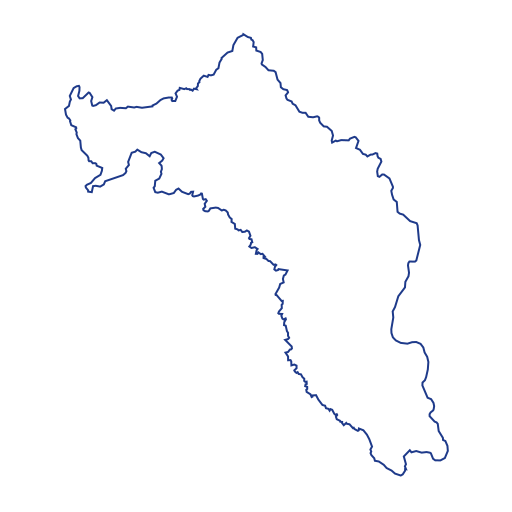 Pedra Branca do Amapari, Amapá, Brazil, rotated 179°
{"feature_id": "56859067B11147941217560", "entity_name": "Pedra Branca do Amapari", "entity_type": "district", "adm_level": 2, "iso_a3": "BRA", "parent_name": "Brazil", "parent_adm1": "Amapá", "projection": "albers", "projection_center": [-52.393, 1.236], "detail": "fine", "context": "isolated", "style": "outline", "palette": "blue", "viewbox_px": 512, "rotation_deg": 179, "n_neighbors": 0, "source": "geoboundaries", "source_scale": "gbopen_adm2", "svg_char_len": 6054}
<svg xmlns="http://www.w3.org/2000/svg" viewBox="0 0 512 512"><g transform="rotate(179 256 256)"><path d="M230.0,210.7L230.2,207.7L231.2,206.7L231.1,203.4L234.0,200.1L234.7,198.4L234.1,197.8L230.9,197.6L231.7,195.8L230.7,192.9L229.6,192.1L227.5,193.1L227.2,192.2L228.9,189.4L229.2,186.4L227.5,185.8L226.4,180.4L225.3,178.6L225.4,175.7L224.3,173.6L225.4,172.4L228.3,171.6L221.9,164.9L221.7,162.9L222.6,162.0L223.7,161.9L225.6,159.5L228.2,158.9L225.7,155.0L225.7,151.2L223.3,151.3L222.6,150.0L222.5,146.0L219.6,146.8L217.4,145.7L217.4,143.1L219.7,141.0L219.2,139.9L217.6,138.4L216.4,139.1L215.4,137.3L213.1,136.9L211.6,134.0L209.9,132.5L210.0,130.3L208.9,129.3L207.6,129.5L207.5,127.2L208.7,126.8L209.1,125.0L207.1,124.3L207.1,122.2L208.1,121.3L207.7,119.2L204.0,116.8L202.8,114.0L202.0,114.4L201.9,115.6L198.4,115.8L196.2,111.4L192.2,105.9L189.5,105.1L188.7,102.6L186.2,101.9L185.1,100.1L184.2,101.6L182.5,100.9L180.5,96.9L179.2,95.7L178.0,96.4L177.6,95.6L178.9,93.9L178.1,91.4L174.9,89.8L174.6,88.8L172.8,88.6L172.9,87.6L171.2,85.3L168.7,87.5L168.2,86.7L165.4,86.1L162.1,82.2L161.3,82.6L160.6,81.3L157.2,79.4L156.3,79.9L156.1,81.7L151.7,79.9L148.2,75.4L145.9,70.8L143.3,63.4L145.0,60.5L144.2,58.5L144.9,56.9L144.1,54.9L141.3,51.7L140.7,49.2L136.8,48.4L131.9,45.0L129.1,41.7L124.2,39.1L120.8,36.0L115.1,34.0L113.1,35.1L110.7,38.7L110.6,40.4L109.7,40.2L110.8,43.1L109.7,45.2L111.7,53.0L105.6,59.1L104.0,57.0L99.2,58.2L93.8,56.5L88.9,57.0L85.5,56.3L84.6,55.7L82.5,50.2L80.4,48.6L75.2,48.4L70.7,50.7L67.6,57.8L67.9,62.8L69.9,67.7L72.2,68.8L72.3,70.9L76.4,77.8L77.2,85.0L78.4,86.5L80.3,87.3L85.2,92.8L85.2,94.8L84.2,96.5L81.5,98.6L81.0,99.9L80.5,102.8L81.1,106.0L83.4,109.8L86.9,111.3L91.9,123.7L91.7,126.6L89.3,128.8L88.0,132.0L86.2,139.5L85.5,147.0L86.6,152.2L89.1,156.6L90.3,161.6L93.0,165.3L97.3,167.2L101.4,167.1L106.1,165.7L112.8,166.6L117.6,169.1L119.5,171.1L120.6,172.4L121.9,176.6L122.0,180.4L119.8,192.1L120.3,198.2L117.9,202.5L114.4,213.3L107.6,222.0L107.1,227.6L103.9,233.1L103.3,236.6L104.2,244.0L103.8,246.2L102.7,247.8L97.2,247.6L95.8,248.7L91.6,264.2L92.8,269.1L93.9,283.8L94.8,286.0L101.3,288.2L108.1,294.8L111.6,295.9L113.7,297.7L114.3,307.6L117.4,310.1L118.9,314.9L119.6,318.8L117.9,321.7L117.9,322.9L121.2,331.2L126.6,335.2L128.4,335.3L131.2,333.0L132.8,333.7L133.4,338.3L132.8,341.1L129.0,348.2L129.7,350.9L131.9,352.1L132.7,353.7L133.0,356.3L134.7,356.8L137.8,355.4L139.6,355.4L142.9,353.6L144.5,355.4L147.3,356.2L150.2,360.4L154.1,362.2L151.5,369.3L154.2,372.9L155.5,373.4L160.0,371.7L161.3,370.0L168.8,370.4L173.0,369.3L174.2,370.0L177.9,368.1L178.3,370.1L176.9,375.1L178.1,379.7L182.8,384.0L186.0,384.4L189.5,388.1L190.5,390.5L190.4,393.0L191.1,394.0L192.4,394.6L196.5,393.7L201.3,394.3L203.9,398.3L207.1,398.4L210.1,399.5L213.9,406.0L216.7,407.6L217.7,409.9L221.8,411.6L222.8,413.0L223.6,416.1L221.1,419.0L221.3,419.8L222.1,421.4L225.8,422.3L228.2,424.3L228.5,428.5L231.4,432.0L233.2,439.5L235.0,440.9L240.3,441.5L243.2,444.8L246.8,447.4L247.1,448.4L245.8,451.8L246.3,458.0L247.8,459.9L252.1,461.4L252.2,464.6L255.2,465.5L254.6,469.9L255.6,471.8L256.9,472.5L257.3,474.2L260.4,475.1L264.8,478.0L265.0,477.2L270.6,474.5L274.9,467.3L276.1,461.4L280.9,459.9L287.0,454.6L286.9,453.6L289.1,450.1L290.3,444.4L292.5,442.9L295.2,438.1L297.9,437.4L300.3,437.9L301.3,435.9L305.1,437.2L308.4,434.3L309.7,431.8L309.5,430.8L311.0,429.5L311.2,426.9L313.0,424.7L312.4,423.8L315.1,424.4L316.5,422.4L318.1,423.5L319.0,423.2L319.5,424.0L322.1,424.1L322.8,424.9L324.8,424.1L329.3,425.4L329.7,423.4L331.5,422.7L333.6,420.0L332.2,416.6L334.0,412.4L337.0,412.4L337.7,413.6L337.0,414.9L337.4,415.9L340.4,416.0L345.6,415.2L348.8,413.6L352.9,410.1L356.8,408.3L356.9,407.4L367.4,406.2L372.8,407.2L375.2,406.6L381.5,407.6L383.5,406.0L389.3,406.5L393.6,405.9L395.4,403.8L397.8,405.3L398.2,408.5L402.4,414.4L405.7,411.9L409.7,412.2L413.4,409.6L416.2,408.9L417.1,409.3L418.1,413.8L416.8,417.7L419.5,422.0L420.5,422.4L426.5,416.8L429.6,416.7L431.1,419.1L429.7,424.2L429.5,427.9L430.1,429.2L432.4,428.8L435.4,427.1L439.4,419.3L438.3,415.7L439.4,413.7L440.4,409.3L444.4,406.3L443.5,400.6L441.9,397.5L440.7,396.9L439.3,394.8L439.6,394.0L438.4,390.0L433.6,387.8L433.5,386.6L434.4,385.9L433.1,382.6L433.4,380.9L432.0,377.0L429.7,374.4L429.2,367.5L428.5,364.9L422.9,359.2L421.9,357.2L421.7,354.5L421.2,353.7L419.1,353.6L417.7,351.6L415.1,351.6L414.1,351.0L413.7,349.1L408.2,346.7L408.6,343.9L410.1,339.9L415.6,336.7L419.8,331.9L423.8,330.2L425.2,328.9L424.9,327.4L422.7,324.6L422.7,323.3L419.1,322.7L417.7,328.7L415.0,329.0L410.6,328.1L406.9,330.2L405.5,333.4L387.5,339.2L385.0,341.3L384.1,343.1L384.7,345.5L381.5,349.2L382.2,352.3L378.5,361.4L374.9,362.4L372.8,364.4L368.8,361.8L364.3,360.7L360.6,357.6L358.9,360.8L355.4,362.0L349.4,359.1L346.7,355.4L348.1,353.0L351.2,350.6L348.9,348.0L348.7,346.7L348.6,344.5L349.6,341.9L349.1,339.8L351.4,335.1L355.4,333.0L356.0,327.5L357.2,326.0L355.6,321.6L353.1,321.0L349.0,322.0L342.1,319.2L340.9,319.4L337.1,320.4L334.7,323.6L332.3,324.8L328.9,321.5L322.7,319.0L321.2,319.5L319.8,321.3L317.8,321.4L318.7,317.9L318.2,317.0L317.0,316.6L313.0,317.4L310.6,318.4L309.8,319.5L309.0,319.3L308.1,314.0L307.4,313.3L305.3,313.7L304.2,312.0L306.4,309.1L305.8,306.1L308.0,304.0L307.7,302.7L306.1,301.7L303.4,301.4L302.4,301.9L300.8,304.4L295.4,305.1L293.1,304.7L289.4,302.1L287.5,302.8L285.5,302.1L283.5,300.0L283.2,298.0L281.6,295.0L279.7,293.4L279.9,290.5L276.6,288.4L276.3,283.7L273.9,282.9L273.0,281.9L270.9,282.4L269.3,280.2L266.6,280.5L264.7,281.7L262.6,280.5L261.2,276.3L262.7,274.0L262.2,273.1L260.2,272.8L259.5,269.8L260.7,269.3L261.1,267.4L262.5,265.6L260.4,264.1L257.0,264.8L254.3,263.0L255.3,261.7L256.1,258.2L254.5,258.1L253.6,259.6L251.2,257.8L249.5,258.1L247.1,255.2L248.5,254.9L248.5,253.8L245.6,252.8L243.6,250.8L242.0,250.6L238.6,246.9L236.6,247.2L235.9,246.6L237.2,245.0L237.9,242.3L236.3,241.0L234.2,241.6L233.7,242.5L224.7,241.0L226.9,236.9L228.5,236.0L229.5,232.6L228.8,229.1L232.3,227.6L233.4,224.0L237.2,217.6L237.0,216.7L236.1,216.6L231.2,210.6L230.0,210.7Z" fill="none" stroke="#1e3a8a" stroke-width="2"/></g></svg>